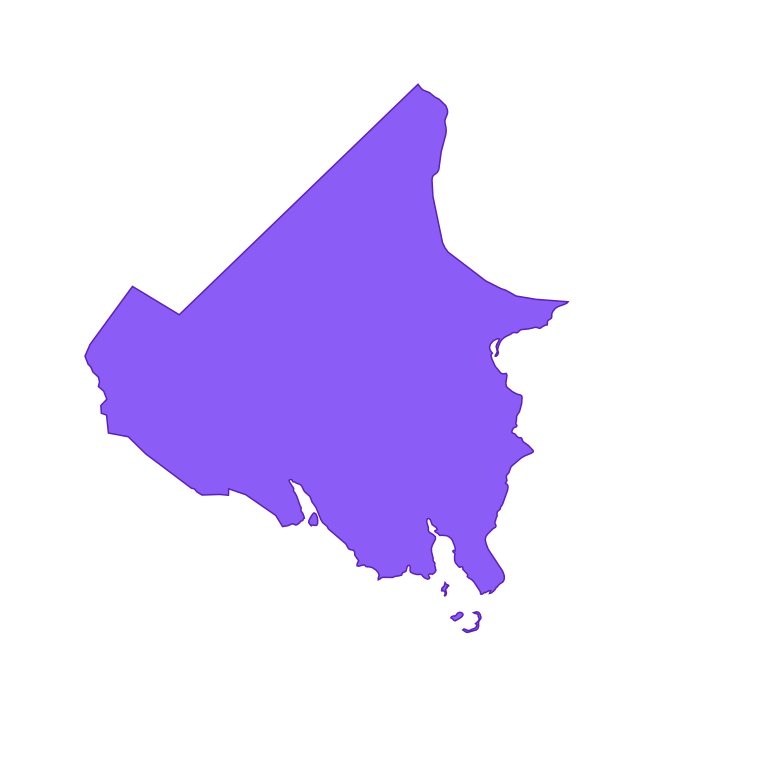 Mangghystau, Robinson projection, rotated 227°
{"feature_id": "KAZ-3236", "entity_name": "Mangghystau", "entity_type": "Region", "adm_level": 1, "iso_a3": "KAZ", "parent_name": "Kazakhstan", "parent_adm1": "", "projection": "robinson", "projection_center": [52.321, 43.87], "detail": "fine", "context": "isolated", "style": "filled", "palette": "violet", "viewbox_px": 768, "rotation_deg": 227, "n_neighbors": 0, "source": "natural_earth", "source_scale": "10m", "svg_char_len": 6175}
<svg xmlns="http://www.w3.org/2000/svg" viewBox="0 0 768 768"><g transform="rotate(227 384 384)"><path d="M545.5,619.0L543.2,618.2L541.1,617.2L539.6,616.1L538.3,614.5L536.2,610.0L535.2,608.4L534.1,607.2L529.4,604.3L526.8,602.2L524.5,599.6L514.8,584.2L503.6,570.5L502.9,568.9L502.4,567.0L502.5,565.1L502.8,563.5L502.8,562.0L502.1,560.2L500.3,558.1L487.8,547.7L447.6,523.3L442.3,521.5L436.7,520.8L390.1,528.7L374.0,534.6L369.8,536.9L358.3,540.6L342.6,552.6L318.6,574.7L318.4,572.9L319.0,570.9L321.8,564.3L322.5,560.9L322.0,557.3L321.3,555.4L320.3,553.9L318.9,552.7L318.3,552.0L318.0,550.8L318.5,547.7L318.5,546.8L318.1,546.0L315.9,543.7L316.8,542.4L317.4,540.7L317.9,538.9L318.0,537.2L318.5,535.8L322.0,533.8L325.6,527.5L330.0,521.7L330.4,520.9L330.6,519.8L330.5,516.9L330.8,516.2L333.0,514.2L333.6,513.3L333.8,512.6L334.1,510.3L335.3,506.7L336.0,503.4L336.1,500.1L335.1,496.7L333.2,492.8L331.8,490.7L328.7,488.9L327.8,486.9L327.8,485.0L328.6,484.3L329.1,485.2L329.6,487.1L330.5,489.0L335.1,491.7L335.4,492.3L335.7,493.5L336.1,493.5L337.1,496.8L337.8,498.4L338.5,499.1L339.3,498.4L340.2,496.6L340.8,494.4L341.0,492.6L340.4,488.7L338.7,486.0L336.0,484.6L332.6,484.3L332.3,482.0L328.5,479.9L321.0,477.4L312.7,476.9L311.8,477.1L310.0,478.1L308.4,480.6L306.5,479.9L301.6,473.8L298.9,471.9L297.1,471.8L290.8,472.7L285.9,474.4L283.2,476.1L281.6,476.6L280.1,475.9L275.8,471.3L272.1,465.4L271.3,464.0L270.6,460.7L269.8,458.9L266.4,455.3L265.4,453.5L263.4,453.0L262.8,452.7L262.5,451.5L263.1,450.0L263.4,449.0L263.1,447.3L262.3,445.4L261.0,444.4L258.2,445.7L254.6,445.5L252.9,445.9L251.4,447.5L250.6,447.7L247.1,446.4L240.3,447.7L233.6,447.7L232.6,446.8L232.9,444.7L235.6,437.4L236.4,433.6L236.9,421.7L236.6,419.9L234.0,414.9L233.6,411.2L232.5,410.0L229.6,408.1L229.0,406.6L228.8,405.3L228.2,405.1L226.5,405.6L225.1,405.2L224.0,404.4L222.1,402.0L215.5,389.3L214.9,387.7L214.4,385.3L213.2,383.4L213.3,380.5L213.2,379.7L212.6,378.7L210.5,376.9L210.0,376.1L209.4,374.4L208.3,372.9L207.5,371.1L206.8,370.4L206.0,370.0L204.4,369.5L203.8,369.1L203.2,367.9L203.8,365.1L203.6,357.6L202.9,354.3L201.1,351.9L198.1,350.0L192.0,347.5L166.5,343.2L163.2,341.9L161.6,341.0L160.0,339.6L158.8,338.0L158.2,336.0L158.8,332.0L158.8,330.0L158.3,328.3L158.9,327.6L158.1,326.0L157.8,323.0L158.0,320.1L158.9,318.4L160.1,321.0L161.2,319.8L161.9,317.3L162.2,315.9L163.0,315.4L163.2,313.1L163.5,312.2L164.3,311.5L165.0,311.7L166.4,312.8L177.8,314.8L181.3,314.7L184.7,313.6L186.5,313.6L187.2,315.0L188.3,315.3L194.7,315.3L195.8,316.3L196.6,316.7L197.4,316.2L198.2,314.6L198.6,314.2L199.5,314.1L203.2,314.2L205.0,314.5L206.6,315.3L209.2,317.4L211.3,319.9L212.0,320.3L213.8,320.0L214.6,320.2L215.0,320.9L214.8,321.5L214.3,321.9L213.5,322.1L214.7,323.6L216.6,324.8L222.5,327.2L224.6,327.6L226.7,327.5L228.9,327.0L230.5,326.2L234.4,322.7L234.9,321.8L235.4,321.5L237.7,321.5L240.8,320.7L241.9,320.8L241.3,323.7L243.4,324.3L248.3,323.3L253.2,325.3L254.8,325.2L255.8,324.0L255.4,322.8L254.4,321.6L253.3,320.8L249.0,318.7L246.1,316.2L244.4,316.1L240.9,317.1L237.4,317.5L235.4,315.8L233.0,309.1L231.3,306.4L228.9,304.4L223.1,301.1L221.3,299.4L218.7,299.1L217.9,298.8L217.6,298.2L216.8,297.5L212.2,294.8L211.6,293.3L211.5,291.3L211.9,289.5L213.7,288.3L214.0,287.6L214.0,286.8L213.8,286.1L212.9,285.7L211.1,285.3L210.8,284.3L211.5,282.9L213.1,282.0L215.1,281.4L216.5,281.2L218.3,281.4L219.2,281.3L220.2,280.6L221.5,278.8L222.2,278.2L225.3,276.2L227.1,275.5L228.7,275.2L229.9,275.9L232.6,278.7L234.2,278.8L234.8,277.7L234.4,276.0L232.4,273.0L232.1,272.0L233.2,269.0L233.1,268.4L232.2,266.6L233.6,263.9L235.8,260.9L236.2,259.5L236.9,258.1L243.3,251.4L244.0,249.9L244.2,247.9L244.7,246.3L245.7,247.1L247.6,250.1L250.3,251.2L253.9,251.2L257.4,250.3L260.0,248.8L262.2,246.7L262.9,246.3L264.5,246.4L265.2,246.1L266.3,244.5L268.0,241.2L269.4,240.3L270.3,241.1L271.1,242.3L271.6,243.6L271.9,244.9L278.1,245.8L279.2,246.2L281.1,247.9L282.5,248.3L283.8,247.9L286.1,246.2L287.5,245.8L289.1,246.0L292.0,246.8L293.6,247.0L315.9,244.5L319.0,245.3L324.3,244.6L327.7,245.3L339.9,250.0L347.1,251.0L350.7,252.6L352.5,253.1L359.2,252.5L361.1,252.8L365.0,254.1L366.8,254.3L368.3,253.8L371.3,252.3L373.5,251.7L374.7,250.7L376.7,251.3L377.8,250.5L378.3,249.7L378.2,248.8L376.9,248.1L369.3,246.8L367.8,245.2L367.1,244.8L364.9,244.6L361.5,243.7L352.4,239.7L350.7,239.3L350.0,239.0L348.1,237.0L347.5,236.7L344.8,236.4L341.3,234.9L340.1,234.2L340.4,233.0L339.6,231.6L339.8,230.8L340.4,229.9L340.4,229.2L340.1,227.8L340.2,225.7L340.6,224.0L341.4,223.0L342.8,222.6L343.9,221.9L344.8,220.3L345.9,217.1L348.9,212.6L361.7,215.2L397.4,207.4L413.3,198.9L408.7,194.4L415.4,188.4L426.9,175.2L432.5,173.6L436.7,173.8L439.1,172.1L495.2,162.1L519.8,161.0L536.1,149.0L550.5,159.9L555.4,157.3L561.4,162.3L561.9,170.9L569.9,174.1L577.0,173.4L579.5,177.3L583.7,179.8L591.2,179.3L596.7,181.2L600.3,181.1L608.3,184.3L613.4,196.0L626.9,266.6L574.3,281.5L580.0,613.3L575.0,612.8L572.5,613.0L566.0,616.0L559.1,616.9L554.8,618.5L545.5,619.0ZM336.8,240.0L337.5,243.1L337.5,244.9L335.7,245.6L332.1,244.4L329.3,242.4L327.3,240.3L326.6,238.4L327.7,237.0L329.6,235.6L330.0,234.9L329.7,234.3L330.1,234.0L332.7,234.2L334.1,234.5L335.4,236.1L336.8,240.0ZM154.3,296.4L152.3,297.5L150.0,297.2L147.7,296.1L146.6,295.1L146.3,294.3L146.2,293.3L145.8,291.7L145.0,290.5L142.3,288.0L141.1,285.8L141.1,283.9L145.2,275.9L145.9,275.2L147.1,274.6L150.4,273.9L150.3,275.5L146.0,277.6L144.9,279.7L144.7,280.9L143.6,283.2L143.4,284.6L143.6,286.1L144.2,287.3L145.1,287.8L146.3,287.4L146.3,289.7L146.5,291.9L147.3,293.5L149.8,294.4L151.1,295.4L152.2,295.4L154.6,293.8L155.7,293.5L154.3,296.4ZM160.9,280.1L162.2,274.6L163.1,274.0L166.0,273.9L167.1,273.4L167.4,273.5L167.8,274.5L167.1,276.4L166.6,277.2L166.0,277.5L165.7,278.1L166.2,281.5L165.6,283.4L164.1,284.7L162.4,285.0L161.2,284.3L160.7,282.3L160.9,280.1ZM195.3,290.4L197.1,293.2L195.5,292.9L194.6,293.1L193.6,293.7L192.5,293.9L192.2,293.3L192.8,292.4L192.8,291.8L192.1,291.6L191.9,291.0L192.2,290.1L191.7,289.0L188.4,287.0L187.4,285.4L187.5,284.0L188.1,284.0L188.6,285.3L189.8,286.5L191.1,286.8L192.2,286.4L193.3,285.1L193.7,285.2L194.2,286.3L194.7,286.4L195.2,287.4L195.3,290.4Z" fill="#8b5cf6" stroke="#5b21b6" stroke-width="1.5"/></g></svg>